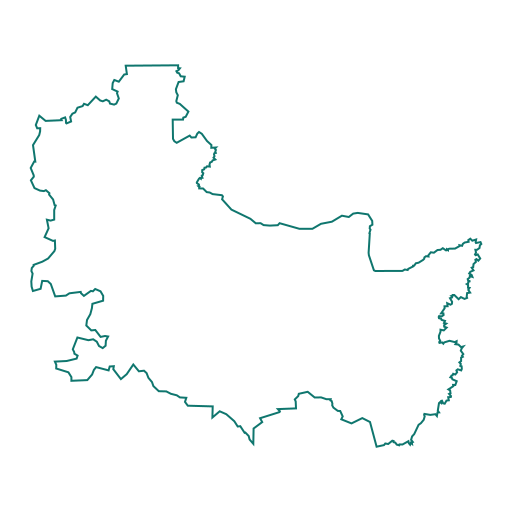 the district of Embūtes pag., Vainodes, Latvia
{"feature_id": "27541924B50643512275860", "entity_name": "Embūtes pag.", "entity_type": "district", "adm_level": 2, "iso_a3": "LVA", "parent_name": "Latvia", "parent_adm1": "Vainodes", "projection": "albers", "projection_center": [21.869, 56.513], "detail": "fine", "context": "isolated", "style": "outline", "palette": "teal", "viewbox_px": 512, "rotation_deg": 0, "n_neighbors": 0, "source": "geoboundaries", "source_scale": "gbopen_adm2", "svg_char_len": 6000}
<svg xmlns="http://www.w3.org/2000/svg" viewBox="0 0 512 512"><path d="M39.3,115.7L35.8,125.0L37.2,128.3L40.2,128.2L40.1,131.4L39.2,135.1L33.0,145.1L35.3,161.6L34.2,161.5L30.7,168.0L33.7,175.3L33.8,176.7L30.9,180.3L34.5,188.1L40.0,190.6L43.9,191.1L45.9,190.2L49.4,193.2L49.1,194.6L53.1,199.5L54.6,205.1L55.7,205.5L54.2,210.0L54.2,219.6L50.6,220.6L46.9,219.7L48.6,228.3L44.6,237.1L53.0,240.9L54.9,240.5L55.2,248.8L54.4,251.1L48.1,258.5L42.3,261.7L33.6,264.9L33.7,265.8L31.8,268.0L31.4,271.0L32.6,273.6L31.3,281.4L31.6,286.6L32.9,291.0L40.6,288.8L42.2,280.9L47.8,281.2L50.8,284.0L55.2,296.4L65.9,295.6L69.4,293.3L80.7,291.9L81.0,293.2L83.9,295.9L90.9,290.9L92.9,291.3L95.2,289.0L100.5,291.3L103.2,295.9L103.1,300.7L92.4,303.8L91.9,308.2L90.3,314.2L87.0,320.0L86.3,325.5L91.3,330.4L95.3,330.0L100.6,336.9L105.0,336.0L108.1,336.5L105.9,340.7L105.6,345.7L102.7,348.1L99.0,346.0L96.8,341.7L93.2,339.3L88.4,340.2L77.4,337.5L72.8,349.3L74.2,352.1L74.4,353.7L77.6,355.6L76.6,358.6L66.7,361.0L54.9,361.6L56.3,364.8L56.2,368.5L68.4,372.3L71.4,377.1L71.4,380.8L87.3,380.1L92.1,374.5L93.9,369.9L96.1,367.1L108.6,370.4L109.7,366.5L113.8,366.2L113.3,369.2L120.9,379.1L126.7,374.2L133.3,364.5L138.9,371.3L144.0,370.7L146.6,373.1L148.4,377.8L152.0,382.1L153.4,386.1L158.8,391.2L166.3,391.4L170.9,393.8L176.8,395.3L179.9,397.4L186.3,397.8L185.0,401.9L187.8,405.7L212.7,406.4L212.4,417.5L219.7,411.3L226.3,414.2L234.3,421.2L237.7,426.5L240.3,426.2L244.6,432.8L245.3,432.5L248.7,436.0L249.6,439.5L253.3,443.8L253.6,428.5L262.2,422.1L260.1,418.2L279.5,412.1L279.9,411.3L277.9,409.1L296.0,408.4L295.7,401.5L294.8,399.4L298.2,396.1L298.8,393.8L307.7,391.8L314.7,397.5L321.1,397.4L326.4,399.2L330.7,399.2L330.4,400.4L331.7,401.1L332.4,403.7L332.2,405.3L333.4,407.6L337.8,410.9L340.2,411.0L342.7,416.4L341.3,419.3L351.5,423.4L362.3,418.1L370.0,422.0L376.6,446.7L384.0,445.1L385.3,443.5L388.2,444.0L392.3,440.7L393.6,441.0L393.6,442.2L395.3,442.6L396.7,444.6L399.2,445.3L399.5,444.4L402.5,444.5L408.4,441.2L408.8,443.2L410.1,444.7L410.8,442.8L412.0,443.8L411.8,442.4L412.8,442.0L411.1,439.8L412.1,436.4L414.2,434.1L418.6,424.8L420.9,423.2L423.7,419.8L424.7,416.4L424.1,414.8L424.4,413.9L430.3,414.9L435.4,414.2L436.9,416.0L437.5,412.5L439.0,412.4L437.8,410.6L439.0,403.1L440.0,402.2L441.1,403.0L441.2,400.9L442.0,400.7L443.1,403.3L444.7,403.7L446.5,400.6L448.8,400.3L448.2,397.2L450.8,397.0L451.0,396.1L449.1,393.9L450.5,393.3L450.1,390.4L448.4,389.4L453.3,386.2L453.1,384.9L455.3,385.0L456.7,381.2L452.4,379.3L451.8,377.7L450.4,377.3L451.6,375.5L452.6,375.3L453.2,373.8L455.3,374.5L457.1,372.3L456.4,370.4L457.8,369.3L461.2,370.4L461.8,368.9L461.6,366.3L460.3,365.9L460.8,363.9L459.4,362.4L461.1,361.1L461.1,357.6L462.8,356.8L462.0,355.7L463.3,354.1L460.8,350.7L461.7,348.3L463.2,346.5L461.0,347.1L458.5,344.6L455.5,344.2L456.5,342.8L456.6,341.2L454.8,342.1L449.5,340.8L444.2,342.4L443.3,343.7L442.1,342.4L439.5,342.9L439.2,342.1L440.2,340.8L439.0,338.4L438.9,335.9L440.5,331.7L440.5,329.7L443.8,330.4L446.6,327.6L444.2,326.7L444.1,325.2L446.2,323.6L444.0,323.0L445.0,320.9L441.6,319.9L441.1,318.7L439.0,318.2L438.7,317.0L439.1,316.1L441.7,316.4L443.6,315.0L443.4,313.4L441.1,313.4L444.6,308.3L444.5,306.3L447.6,306.2L447.2,303.2L450.5,304.7L451.9,303.8L452.1,301.8L450.0,298.2L452.1,297.4L452.2,296.6L451.5,296.0L452.7,295.7L452.7,295.0L454.3,295.0L458.6,299.2L460.9,297.1L464.5,298.9L467.1,297.9L466.7,296.7L467.1,293.1L470.1,292.6L468.3,289.9L469.5,287.9L468.0,287.7L468.1,285.0L466.8,284.1L468.1,283.4L468.3,281.8L470.3,281.2L468.2,280.8L467.7,279.1L469.6,277.6L469.8,276.1L472.4,276.9L471.6,274.9L469.2,273.5L470.3,271.8L473.5,270.4L471.7,267.7L473.2,267.1L473.5,264.1L475.9,261.9L475.4,259.7L476.5,259.1L478.3,260.7L480.2,258.5L477.7,254.4L475.7,255.2L475.0,254.5L476.0,252.5L475.4,249.8L477.0,249.8L479.5,248.0L479.9,245.3L481.3,244.0L480.5,242.1L476.0,243.0L475.6,242.2L476.1,239.5L472.3,240.7L470.3,238.7L468.3,240.1L468.6,241.8L464.7,242.5L462.9,243.8L462.1,245.8L459.5,245.2L459.7,246.0L455.0,248.6L449.5,248.7L448.0,249.1L448.0,250.1L447.0,249.4L447.0,250.2L446.0,250.4L442.8,248.2L440.5,249.8L437.5,250.0L433.9,252.7L430.8,252.3L428.3,255.4L428.5,256.5L426.0,256.2L424.4,257.4L424.2,258.8L423.1,259.9L418.6,262.7L415.8,263.3L414.3,265.5L413.1,265.7L413.2,266.4L408.2,268.9L407.7,270.0L404.8,269.5L402.5,270.9L375.3,271.0L373.9,270.3L368.9,255.3L368.6,252.8L369.8,233.5L369.4,233.2L370.5,229.7L369.7,228.5L369.9,226.2L372.4,224.7L372.2,220.9L368.1,214.4L357.7,212.9L353.2,213.6L348.8,217.0L341.9,215.7L331.9,221.7L321.0,223.8L312.4,228.8L299.4,228.8L279.6,223.2L277.8,225.2L269.9,225.6L263.6,225.1L260.6,223.2L255.8,223.3L250.4,218.8L231.4,209.6L222.1,199.3L222.9,196.4L221.9,195.2L212.6,194.1L209.7,192.5L206.7,192.1L203.1,188.5L199.2,188.4L199.2,187.0L198.5,186.3L199.3,186.2L198.7,185.1L198.9,184.5L196.9,183.1L196.8,182.4L199.0,178.7L199.8,178.0L200.9,178.8L201.1,177.8L202.4,177.8L201.8,175.6L202.7,175.2L203.3,173.2L202.2,172.3L202.2,170.1L204.2,169.3L204.5,167.7L206.1,167.5L207.0,166.3L209.8,166.6L209.5,164.5L210.1,162.5L211.8,161.8L212.6,160.4L215.3,159.5L213.5,157.7L214.5,156.2L214.0,154.2L214.5,153.1L215.8,152.9L215.3,151.5L215.9,150.0L214.8,148.6L215.9,147.5L211.3,147.8L211.4,145.0L207.0,141.0L201.8,133.8L199.0,132.0L197.3,133.6L195.6,137.3L191.4,137.5L189.7,135.6L176.7,142.8L174.3,141.2L173.0,138.8L172.7,119.6L183.0,119.6L183.3,117.6L185.7,116.8L188.4,111.6L179.8,103.9L176.8,102.7L176.3,101.1L177.8,95.2L176.3,92.3L175.9,89.2L178.6,82.0L183.6,81.3L184.7,76.7L180.7,76.3L179.1,73.3L177.2,72.7L176.4,71.2L178.4,70.2L179.9,68.3L178.1,68.1L178.1,65.3L125.7,65.7L126.9,74.1L124.2,74.5L118.8,81.7L114.3,80.0L112.7,83.1L112.2,89.1L117.6,91.6L117.0,93.2L118.8,98.5L116.3,103.6L114.1,104.6L110.0,103.6L109.2,101.3L106.2,99.7L102.8,101.3L100.2,100.5L95.8,96.6L87.8,105.2L84.0,103.8L82.6,106.1L77.5,107.7L75.2,112.4L72.4,113.7L70.2,117.0L71.1,121.5L66.5,123.4L66.0,122.9L65.9,119.8L65.1,117.4L61.2,118.9L61.0,119.7L61.4,120.2L45.6,120.9L39.3,115.7Z" fill="none" stroke="#0f766e" stroke-width="2"/></svg>